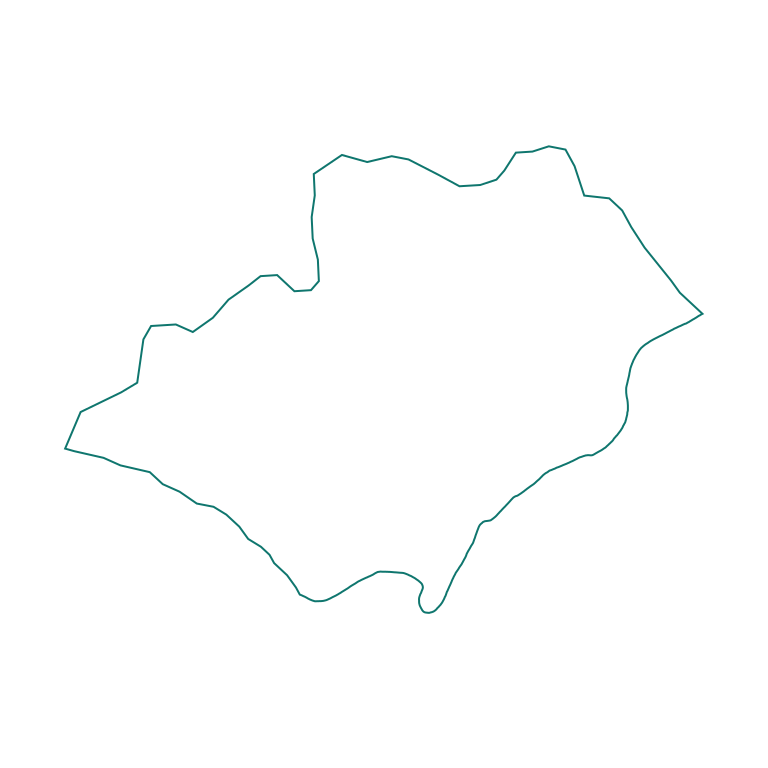 the district of Sakju, P'yŏngan-bukto, North Korea, rotated 176°
{"feature_id": "82179303B80718033581165", "entity_name": "Sakju", "entity_type": "district", "adm_level": 2, "iso_a3": "PRK", "parent_name": "North Korea", "parent_adm1": "P'yŏngan-bukto", "projection": "robinson", "projection_center": [124.843, 40.331], "detail": "fine", "context": "isolated", "style": "outline", "palette": "teal", "viewbox_px": 768, "rotation_deg": 176, "n_neighbors": 0, "source": "geoboundaries", "source_scale": "gbopen_adm2", "svg_char_len": 6134}
<svg xmlns="http://www.w3.org/2000/svg" viewBox="0 0 768 768"><g transform="rotate(176 384 384)"><path d="M482.7,179.8L481.8,179.4L480.6,178.8L479.4,178.1L478.0,177.4L476.7,176.6L475.9,176.1L475.1,175.5L474.1,174.9L473.1,174.3L471.7,173.6L470.5,173.0L469.4,172.6L468.5,172.2L467.3,172.0L465.9,172.0L464.8,171.9L463.3,171.9L462.0,171.8L459.5,171.9L458.3,172.1L457.1,172.3L456.0,172.6L452.5,173.9L451.4,174.4L450.1,175.0L448.8,175.5L446.6,176.4L445.6,176.9L444.7,177.3L443.4,178.0L441.9,178.7L440.8,179.4L439.4,180.1L438.3,180.7L437.1,181.3L436.0,181.9L434.8,182.5L433.6,183.2L432.2,184.1L430.6,185.0L428.4,186.1L427.6,186.5L426.4,187.1L424.0,188.5L422.7,189.1L421.6,189.5L420.3,190.1L419.0,190.6L417.7,191.1L415.3,192.0L414.0,192.4L412.9,192.9L411.8,193.2L408.5,194.5L407.2,195.2L406.1,195.8L404.7,196.4L403.4,196.9L401.9,197.0L400.6,197.1L399.1,196.9L396.5,196.7L391.7,196.2L390.2,196.0L387.7,195.6L386.4,195.4L384.8,195.2L383.0,194.9L381.7,194.7L380.3,194.5L378.7,194.3L377.5,194.0L376.2,193.5L374.5,192.7L373.1,192.0L372.0,191.3L370.5,190.6L369.3,189.8L368.3,189.1L367.3,188.5L366.2,187.7L365.2,186.8L364.1,186.0L363.2,185.2L362.3,184.3L361.4,183.4L360.7,182.6L360.2,181.9L359.8,180.8L359.5,179.8L359.4,178.5L359.7,177.1L360.6,175.3L361.1,174.3L361.5,173.2L362.3,172.0L362.8,170.9L363.2,170.0L363.6,169.0L363.9,168.0L364.1,166.7L364.1,165.4L364.2,164.2L364.2,162.9L364.0,161.8L363.8,160.7L363.4,159.6L362.6,157.7L362.1,156.7L361.7,155.8L361.1,154.9L360.4,154.1L359.5,153.5L358.7,153.2L357.8,153.0L355.5,152.6L354.4,152.6L353.4,152.9L352.3,153.0L351.5,153.3L350.6,153.5L349.7,154.0L349.0,154.4L347.5,155.5L346.9,156.2L346.1,157.0L345.3,157.6L344.5,158.4L343.8,159.1L343.0,159.8L342.3,160.7L341.5,161.6L340.8,162.6L339.3,165.0L338.7,166.1L338.2,167.2L337.5,168.2L336.9,169.5L336.4,170.7L335.8,172.2L335.0,173.4L334.4,174.6L333.6,176.1L333.1,177.1L332.6,178.0L331.9,179.2L331.2,180.6L330.5,181.9L329.9,183.2L329.2,184.5L328.4,185.8L327.8,187.0L327.0,188.2L326.3,189.3L325.6,190.6L324.8,191.6L323.9,192.7L323.2,193.6L322.5,194.5L321.8,195.6L320.9,196.7L320.1,197.7L319.3,198.6L318.7,199.6L317.9,200.8L316.6,202.9L315.9,204.0L315.2,205.0L314.5,206.2L313.9,207.4L313.5,208.5L312.8,209.7L312.1,210.8L311.4,211.9L310.5,213.1L309.2,215.1L308.4,216.4L307.3,217.8L306.3,219.2L305.8,220.3L305.3,221.5L304.8,222.7L304.1,224.1L303.6,225.4L303.1,226.7L302.4,228.2L301.5,230.3L301.1,231.2L300.2,233.1L299.7,234.2L299.2,235.2L298.6,236.1L298.1,236.8L297.3,237.5L296.7,238.0L295.9,238.5L295.4,239.0L294.7,239.5L294.0,239.7L293.3,240.0L292.6,240.1L290.5,240.2L289.2,240.3L288.1,240.4L287.1,240.6L286.4,241.0L284.5,242.2L283.5,242.9L282.5,243.6L281.6,244.3L280.4,245.4L279.4,246.4L278.4,247.3L277.4,248.3L276.2,249.3L275.2,250.3L274.0,251.4L272.9,252.4L271.7,253.4L270.7,254.4L268.6,256.3L266.3,258.5L265.2,259.6L264.0,260.7L262.9,261.7L261.8,262.3L260.8,262.8L260.0,263.0L259.0,263.2L257.9,263.7L256.7,264.4L255.4,265.1L254.4,265.7L253.3,266.4L252.1,267.1L251.0,267.9L249.9,268.6L248.6,269.5L246.2,271.0L245.1,271.7L243.9,272.4L242.7,273.1L241.8,273.6L239.8,275.1L239.0,275.8L237.2,277.2L236.2,277.9L235.5,278.5L234.8,279.1L234.1,279.8L233.1,280.6L232.2,281.5L231.3,282.2L230.3,282.9L229.4,283.5L228.3,284.1L227.1,284.6L226.1,285.3L224.8,286.1L223.8,286.3L222.5,286.7L221.1,287.2L219.4,287.7L217.6,288.5L215.9,288.9L214.1,289.5L212.3,290.1L211.0,290.6L209.4,291.1L207.8,291.6L205.9,292.3L204.7,292.7L203.1,293.4L201.3,294.0L199.7,294.7L198.3,295.3L196.8,295.9L195.6,296.5L193.8,297.2L192.3,297.5L189.8,298.2L188.5,298.5L187.6,298.7L186.5,298.7L185.6,298.8L184.6,298.7L182.7,298.4L182.1,298.4L181.5,298.4L180.1,298.8L179.1,299.3L177.9,299.9L177.3,300.2L174.6,301.5L173.0,302.2L171.7,302.8L170.3,303.6L169.2,304.3L168.2,304.8L167.2,305.4L166.2,306.3L165.3,307.0L164.4,307.7L163.5,308.5L162.7,309.1L161.8,309.9L160.9,310.6L160.0,311.4L159.3,312.2L158.6,313.2L157.9,314.0L157.0,314.8L156.1,315.8L155.2,316.5L154.5,317.3L153.8,318.1L153.1,318.9L152.4,319.7L151.6,320.6L151.0,321.3L150.4,322.2L149.6,323.2L149.1,324.0L148.5,325.1L148.2,325.8L147.6,326.5L147.0,327.6L146.2,328.7L145.8,329.6L145.5,330.6L145.0,331.7L144.7,333.0L144.3,334.1L143.9,335.4L143.5,336.6L143.3,338.3L143.0,339.3L142.6,340.4L142.5,341.6L142.4,342.8L142.3,344.1L142.2,345.6L142.2,347.3L142.2,349.0L142.3,350.5L142.4,351.9L142.6,352.9L142.8,354.5L142.9,356.3L143.0,358.3L142.9,360.0L142.8,361.7L142.7,362.8L142.6,363.5L142.0,365.6L141.3,367.7L141.1,368.5L140.8,369.2L140.7,369.9L140.3,371.0L139.6,373.3L139.3,374.2L139.0,375.2L138.7,376.3L138.5,377.3L138.2,378.4L137.9,379.4L137.6,380.7L137.3,381.6L137.1,382.5L136.6,383.6L136.2,384.6L135.8,385.5L135.4,386.2L135.2,386.9L134.6,387.9L134.2,388.8L133.3,390.6L132.3,392.1L131.9,392.9L131.3,393.8L130.7,394.7L130.2,395.5L129.5,396.4L128.3,398.0L127.7,398.8L127.1,399.7L126.5,400.3L125.9,401.0L125.2,401.7L124.6,402.3L123.8,402.8L123.0,403.5L122.1,404.1L121.3,404.7L119.3,405.9L118.2,406.4L117.3,407.0L116.3,407.6L115.4,408.1L114.4,408.6L113.3,409.1L112.3,409.6L111.6,409.9L109.3,410.9L108.3,411.3L105.5,412.5L102.8,413.5L101.7,414.0L100.5,414.5L97.4,415.9L96.4,416.3L94.2,417.3L93.0,417.8L91.8,418.3L90.7,418.9L88.4,419.7L87.0,420.3L85.4,420.9L84.1,421.3L82.9,421.8L81.7,422.3L80.8,422.6L79.9,423.0L79.0,423.1L78.1,423.4L76.8,424.1L75.7,424.5L74.8,425.0L73.9,425.5L72.8,426.0L71.8,426.6L70.0,427.4L69.1,427.9L67.7,428.6L66.5,429.3L65.3,430.0L64.0,430.5L62.8,431.2L61.4,431.8L82.5,454.4L90.5,467.3L114.5,501.8L126.4,523.3L134.3,540.5L146.4,553.5L171.1,558.0L178.7,588.0L186.6,605.2L203.0,609.6L219.7,605.5L236.3,605.6L249.1,588.5L257.6,580.0L274.2,575.8L294.9,576.0L315.3,589.0L343.9,606.3L360.4,610.7L385.3,606.6L410.0,615.4L439.4,598.4L439.9,577.0L444.5,555.6L445.0,534.1L441.3,512.7L441.8,491.2L450.3,482.7L466.9,482.8L483.0,500.1L499.6,500.2L512.2,491.7L533.2,479.0L550.1,462.0L571.1,449.2L587.5,457.9L612.3,458.1L620.9,445.3L630.1,402.5L646.8,394.0L688.6,377.2L706.6,341.8L697.7,338.6L668.9,329.9L652.6,321.2L623.8,312.4L611.7,299.5L595.4,290.8L579.1,277.8L562.6,273.4L550.4,264.7L538.3,251.8L530.3,238.9L518.1,230.2L510.1,221.6L506.1,213.0L494.0,200.0L486.0,187.1L482.7,179.8Z" fill="none" stroke="#0f766e" stroke-width="2"/></g></svg>